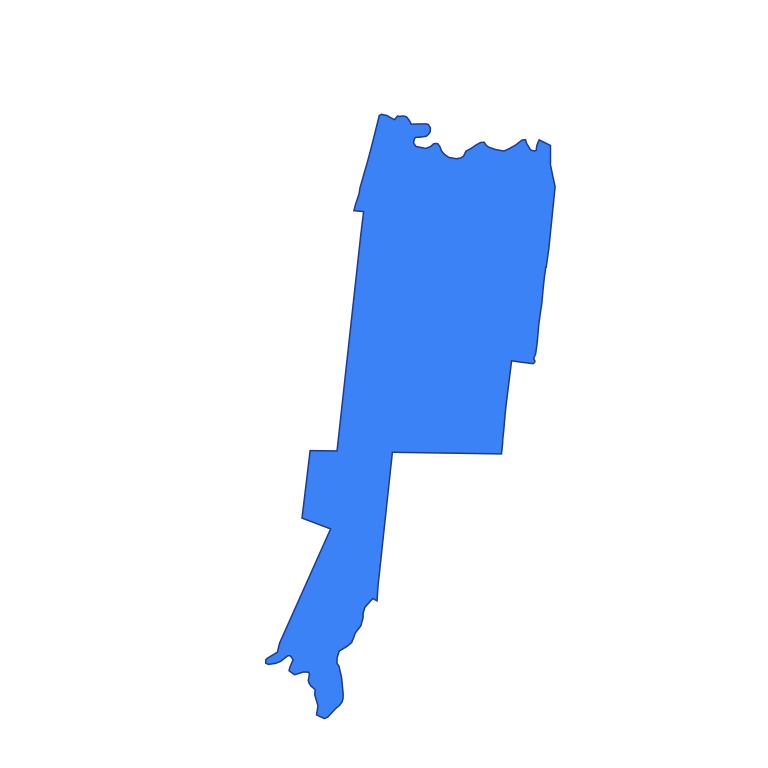 outline of Branceni, Teleorman, Romania, rotated 313°
{"feature_id": "2599482B72114382845229", "entity_name": "Branceni", "entity_type": "district", "adm_level": 2, "iso_a3": "ROU", "parent_name": "Romania", "parent_adm1": "Teleorman", "projection": "natural_earth1", "projection_center": [25.36, 43.857], "detail": "fine", "context": "isolated", "style": "filled", "palette": "blue", "viewbox_px": 768, "rotation_deg": 313, "n_neighbors": 0, "source": "geoboundaries", "source_scale": "gbopen_adm2", "svg_char_len": 2208}
<svg xmlns="http://www.w3.org/2000/svg" viewBox="0 0 768 768"><g transform="rotate(313 384 384)"><path d="M104.8,570.0L113.3,570.0L118.6,570.6L123.1,570.1L126.1,568.5L129.5,565.5L140.6,552.9L147.0,543.3L147.6,540.2L151.8,536.4L158.1,533.4L167.0,535.9L172.8,536.7L178.5,534.5L182.3,532.8L191.3,532.0L198.5,528.3L202.4,524.9L207.7,522.3L219.6,522.1L220.2,525.2L220.6,526.8L232.7,517.0L339.8,436.7L413.0,517.6L422.2,510.7L424.0,509.0L431.5,503.4L447.6,490.8L461.3,480.8L488.0,461.5L488.2,461.8L492.4,467.9L498.4,476.2L500.4,479.0L501.0,479.3L501.6,479.3L502.2,479.4L503.3,479.1L503.9,478.4L504.1,477.5L504.4,476.5L505.0,476.0L507.4,475.1L509.3,474.4L512.6,472.2L519.8,467.0L533.8,456.1L545.9,447.6L550.0,444.9L557.5,439.1L560.3,436.9L564.6,433.6L572.0,428.1L579.7,422.7L580.0,423.0L596.0,411.8L645.0,374.6L651.7,364.9L658.2,355.8L659.4,354.9L667.7,347.1L672.0,343.1L668.4,331.0L665.8,331.8L662.1,333.4L658.7,336.0L656.9,335.1L655.2,331.8L655.6,329.7L657.3,324.1L659.2,320.8L656.6,318.6L653.3,318.1L648.2,317.2L641.1,314.9L636.1,312.8L631.6,305.7L628.5,298.8L628.3,295.8L629.1,292.4L626.5,289.9L621.6,288.3L615.4,287.0L610.3,285.1L604.8,286.8L601.5,285.8L598.2,283.4L593.9,276.9L593.2,271.2L593.7,266.9L595.6,263.4L596.4,259.7L595.5,258.1L593.4,256.4L589.7,256.2L584.8,253.9L579.6,245.5L580.2,241.6L581.7,240.3L584.5,238.9L586.1,239.1L589.3,242.2L593.9,245.9L597.0,246.3L600.1,245.7L603.0,243.2L604.0,239.3L603.1,237.6L598.4,232.6L592.5,226.6L593.6,224.2L594.4,220.7L594.7,218.3L593.7,216.0L592.1,214.3L590.2,212.8L589.2,211.1L584.6,211.4L584.3,210.6L583.4,207.7L582.4,203.0L581.3,201.2L579.6,198.3L578.3,197.9L577.0,197.4L574.3,199.0L556.3,209.0L545.8,214.7L543.0,216.2L533.5,221.3L525.4,225.3L513.6,231.4L511.0,232.7L506.2,236.0L495.7,240.8L490.2,243.8L496.2,251.5L477.9,264.8L303.0,395.3L284.9,375.4L230.0,415.5L241.6,443.8L123.4,484.3L115.2,488.9L104.3,485.8L101.5,485.6L99.2,488.0L100.1,490.7L106.1,495.5L110.8,497.6L119.7,499.0L121.3,500.8L120.4,505.5L112.3,508.5L109.5,510.1L110.4,516.9L118.5,521.6L121.7,525.3L120.9,527.4L115.5,530.8L114.1,533.2L113.2,536.7L113.6,542.0L109.5,545.2L103.6,555.2L96.0,560.3L98.6,568.5L101.9,570.0L104.8,570.0Z" fill="#3b82f6" stroke="#1e3a8a" stroke-width="1.5"/></g></svg>